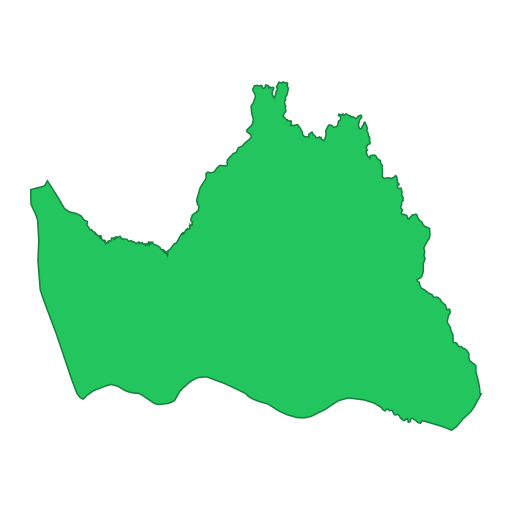 the district of Nakay, Khammouan, Laos
{"feature_id": "54806243B86213796006306", "entity_name": "Nakay", "entity_type": "district", "adm_level": 2, "iso_a3": "LAO", "parent_name": "Laos", "parent_adm1": "Khammouan", "projection": "robinson", "projection_center": [105.229, 17.931], "detail": "fine", "context": "isolated", "style": "filled", "palette": "green", "viewbox_px": 512, "rotation_deg": 0, "n_neighbors": 0, "source": "geoboundaries", "source_scale": "gbopen_adm2", "svg_char_len": 6055}
<svg xmlns="http://www.w3.org/2000/svg" viewBox="0 0 512 512"><path d="M481.3,393.8L479.9,393.2L479.8,389.8L478.6,382.2L475.9,371.7L475.9,365.6L469.6,360.6L468.8,356.7L468.9,353.6L466.9,350.6L464.8,348.7L462.8,348.1L461.4,346.6L458.3,346.2L456.9,343.4L455.9,342.7L454.0,342.6L453.1,341.7L453.0,334.9L450.8,330.3L450.5,327.6L447.5,322.7L447.3,321.2L448.5,315.6L450.1,313.0L450.1,310.7L449.4,309.1L446.9,309.7L445.4,305.0L441.4,301.7L440.5,299.6L437.6,297.2L433.7,297.2L431.9,294.5L429.0,293.4L424.5,289.8L421.2,288.1L419.8,285.0L419.4,282.3L417.9,281.5L416.8,279.8L420.8,277.7L421.9,276.2L423.3,271.5L423.3,263.7L425.1,258.6L424.0,255.4L424.8,251.5L423.7,248.1L427.6,240.7L429.2,238.8L430.0,235.1L429.6,228.4L425.0,226.4L423.2,224.9L421.9,221.9L419.6,220.5L417.4,216.8L417.0,215.0L415.9,214.2L411.9,215.2L411.2,216.5L409.3,217.9L409.1,219.2L407.7,218.5L406.8,215.5L404.1,214.3L402.7,214.7L401.2,213.0L402.6,210.0L401.2,208.5L400.5,206.4L401.5,205.2L401.9,201.9L403.2,200.5L402.8,200.0L403.3,198.0L401.8,195.0L402.0,191.8L401.0,188.1L398.9,188.5L397.6,187.5L397.3,185.7L399.0,184.8L399.1,184.1L397.7,182.6L396.7,176.7L395.6,175.6L393.5,177.5L391.2,178.5L390.0,178.1L389.7,178.6L388.3,177.6L384.7,178.4L382.7,177.5L382.3,176.5L382.5,169.5L381.9,167.3L382.5,165.7L381.0,164.0L380.4,160.7L377.2,158.4L376.1,156.2L374.6,155.0L370.5,155.5L369.7,158.3L369.0,156.9L367.3,155.8L367.3,154.7L366.2,153.3L366.5,152.2L366.1,151.1L367.5,150.1L366.5,148.9L366.6,147.6L366.2,147.4L367.8,144.5L369.4,144.1L370.3,142.7L369.4,140.9L369.8,138.7L369.2,136.6L368.6,136.0L368.1,133.1L366.6,130.6L367.3,129.3L367.1,127.3L365.0,122.2L364.0,122.4L363.6,124.5L361.8,127.0L361.7,128.6L360.1,128.9L359.4,128.5L358.4,125.0L359.8,119.7L361.5,117.5L361.7,116.2L360.8,115.1L358.2,116.2L357.1,117.7L355.7,118.6L353.2,116.9L350.8,116.9L350.1,115.6L348.1,115.3L346.7,114.0L346.1,113.8L344.0,115.4L343.3,115.3L343.0,114.0L341.1,114.9L339.0,114.1L338.4,115.5L340.6,116.6L340.4,119.4L339.9,120.5L339.0,120.6L338.1,122.3L338.3,123.1L337.3,125.7L336.5,126.6L333.6,127.3L331.6,125.2L329.8,125.3L329.3,124.8L328.5,125.3L325.8,130.5L325.7,132.6L326.2,134.4L324.8,139.1L323.7,140.6L321.3,138.8L321.2,137.4L320.0,137.5L319.5,136.9L317.7,137.9L315.9,137.5L315.2,136.0L313.5,134.8L312.0,132.0L308.7,134.3L308.7,137.0L304.6,136.6L302.9,135.1L302.2,131.9L299.8,127.4L298.6,126.6L298.4,125.4L297.3,124.5L293.9,125.6L292.2,125.1L290.5,125.6L291.4,122.7L291.2,121.0L287.3,120.8L287.5,119.8L286.2,119.5L283.1,116.1L284.1,113.6L285.8,111.4L285.4,107.3L285.7,105.8L284.8,104.5L284.6,101.6L285.7,99.4L285.4,97.0L286.9,95.1L288.3,89.2L288.0,87.3L287.0,85.8L287.7,84.0L287.0,82.8L284.1,82.7L283.3,81.8L281.4,83.0L278.9,82.1L276.5,86.8L277.2,88.2L277.1,89.9L276.0,91.9L275.3,95.5L274.2,97.9L272.2,94.5L272.3,92.0L273.9,88.0L273.1,87.3L270.6,87.8L269.9,87.0L268.8,87.9L268.5,85.8L265.9,84.8L265.4,85.3L265.6,86.5L264.0,88.3L262.7,88.1L261.8,85.7L260.9,85.3L259.1,86.3L257.4,85.3L254.4,85.8L252.8,89.2L252.8,90.2L255.2,94.9L255.4,96.7L253.3,102.8L251.0,106.3L251.8,113.9L253.3,119.1L252.9,121.5L252.6,123.4L251.3,125.5L246.5,130.4L247.0,131.8L250.7,134.5L251.4,137.0L249.9,138.9L244.3,143.5L242.3,146.1L238.3,147.8L236.1,152.6L233.3,153.5L227.7,159.5L226.9,161.9L227.4,164.5L227.1,165.4L224.9,165.8L219.8,165.4L217.2,167.7L214.0,172.1L210.1,172.9L208.0,172.0L206.2,173.3L205.9,174.0L206.2,178.1L200.2,187.6L197.0,198.8L196.7,201.2L196.9,202.1L197.6,202.5L197.3,204.4L198.9,205.9L198.6,209.1L198.3,209.2L198.4,210.7L197.7,211.3L197.0,211.1L196.4,212.6L194.0,213.5L191.9,215.9L191.9,217.6L191.3,217.8L190.9,218.8L191.0,220.6L191.8,221.7L192.7,221.9L192.0,223.3L192.4,224.7L191.0,225.1L190.1,224.6L190.6,226.0L190.3,226.2L189.8,225.6L189.3,226.0L190.0,228.6L188.7,229.3L187.4,228.5L186.4,229.5L186.4,230.2L185.8,230.1L184.2,233.0L183.5,232.7L183.5,234.2L182.6,234.4L182.3,233.4L181.7,234.4L181.4,234.1L176.3,243.2L174.8,243.4L173.6,244.3L170.3,249.2L168.0,250.6L167.3,255.6L166.5,254.1L166.4,251.9L164.6,251.8L165.9,253.5L164.2,252.7L163.3,250.9L164.2,250.4L162.6,249.6L161.3,249.7L160.3,247.8L157.3,245.5L154.2,244.6L152.8,243.3L152.7,242.3L151.0,243.7L150.6,243.1L151.4,242.8L151.3,242.2L148.4,242.1L148.4,243.3L149.5,243.8L149.1,245.4L146.9,243.6L145.7,244.4L145.9,245.3L145.5,245.5L144.8,243.9L144.1,244.5L142.7,243.5L142.4,242.6L139.5,243.6L139.7,242.4L138.9,242.1L138.1,242.1L136.0,243.8L134.2,241.9L132.0,241.8L131.6,240.6L128.9,241.3L126.9,239.3L121.9,238.8L120.0,236.3L116.6,237.8L116.6,236.8L115.5,237.0L115.1,237.5L115.6,238.4L114.3,239.5L113.9,239.5L114.0,238.0L111.6,238.0L110.8,241.3L109.5,240.8L108.0,241.1L107.8,241.9L108.9,243.4L107.9,242.7L105.8,242.8L105.4,243.7L105.1,242.8L105.2,240.7L104.7,240.8L104.6,241.7L103.5,240.7L103.7,240.1L102.6,240.2L101.3,238.5L100.0,238.3L99.9,237.1L101.4,237.0L100.7,235.6L98.2,236.1L96.6,234.2L95.2,234.1L95.5,233.0L94.6,232.1L93.4,231.7L91.5,229.7L90.3,229.9L86.9,224.9L87.5,222.5L87.2,221.3L84.8,220.5L83.1,218.9L81.3,216.0L76.4,213.5L69.5,211.9L64.4,208.5L58.4,198.0L47.4,180.8L45.2,185.0L44.1,186.1L30.7,189.6L31.0,204.2L35.6,214.3L37.6,220.2L38.8,241.0L37.9,260.4L40.2,289.6L43.2,298.9L56.5,334.3L71.5,379.0L76.9,393.3L80.0,397.5L83.1,399.2L86.9,395.4L93.4,390.8L105.6,386.0L111.2,384.5L117.7,386.2L124.6,390.3L128.1,391.8L134.1,393.1L138.4,393.3L142.2,395.2L154.7,403.7L159.1,404.5L167.7,403.5L171.7,402.2L174.6,400.5L179.8,391.4L183.1,387.9L190.1,381.8L194.3,379.2L198.1,377.6L206.4,376.8L224.6,383.5L235.5,388.6L245.5,393.5L248.2,396.2L251.4,398.3L257.3,400.9L268.1,404.1L278.9,411.0L286.7,414.6L297.1,417.6L304.4,417.9L311.3,416.3L325.0,409.5L338.3,400.7L347.3,398.2L349.8,398.1L364.5,400.0L374.1,403.1L381.3,407.5L382.9,409.7L384.8,410.8L385.5,410.8L386.9,408.9L387.9,409.1L389.4,410.7L392.0,410.1L394.3,414.7L395.5,415.0L397.5,414.4L399.0,415.3L400.7,418.4L403.5,420.4L404.8,420.5L407.0,418.5L407.5,418.6L408.3,422.2L409.9,421.9L411.3,418.5L412.3,418.4L413.9,419.1L418.1,422.6L420.5,423.2L422.0,420.9L424.9,421.3L442.5,426.6L451.7,430.2L456.5,426.7L463.1,418.8L470.7,411.8L473.8,407.5L481.3,393.8Z" fill="#22c55e" stroke="#15803d" stroke-width="1.5"/></svg>